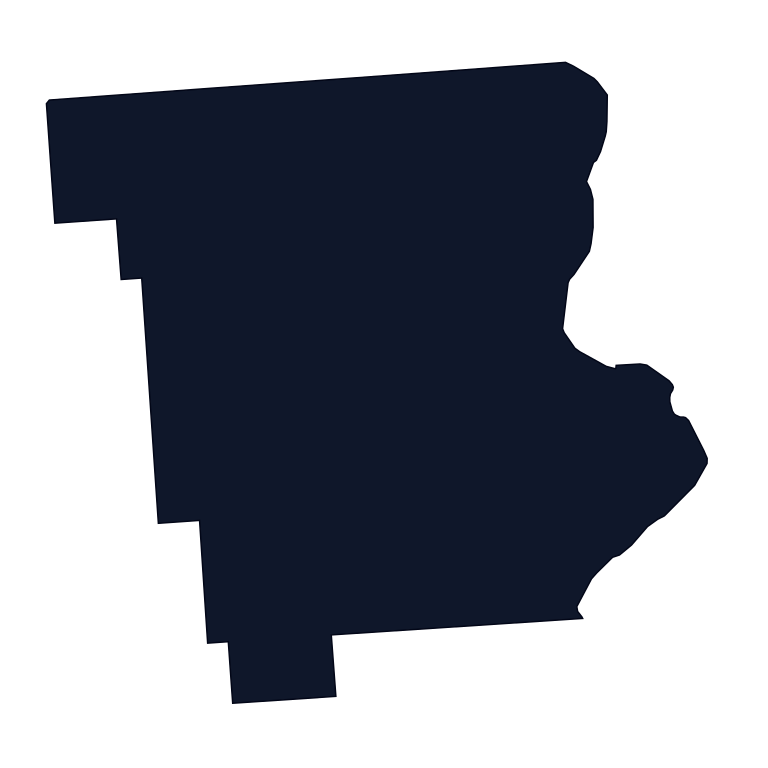 outline of Cotton, Oklahoma, United States of America, rotated 266°
{"feature_id": "52423323B79195939570534", "entity_name": "Cotton", "entity_type": "district", "adm_level": 2, "iso_a3": "USA", "parent_name": "United States of America", "parent_adm1": "Oklahoma", "projection": "albers", "projection_center": [-98.393, 34.285], "detail": "fine", "context": "isolated", "style": "filled", "palette": "ink", "viewbox_px": 768, "rotation_deg": 266, "n_neighbors": 0, "source": "geoboundaries", "source_scale": "gbopen_adm2", "svg_char_len": 1089}
<svg xmlns="http://www.w3.org/2000/svg" viewBox="0 0 768 768"><g transform="rotate(266 384 384)"><path d="M76.1,210.8L75.8,314.2L137.4,313.9L136.3,565.8L137.8,565.2L143.6,561.3L148.5,560.8L175.2,577.4L180.7,583.0L195.2,599.9L197.0,607.0L206.1,619.7L223.4,636.9L230.0,647.6L232.9,654.5L261.2,686.8L282.2,700.7L287.3,701.2L295.5,698.3L326.3,685.3L329.4,682.5L330.1,680.5L330.4,676.9L332.6,672.9L333.7,671.5L336.9,669.8L346.3,667.9L350.6,668.1L354.4,669.1L356.9,670.9L357.9,671.6L360.6,672.4L363.2,671.6L367.2,668.7L384.5,647.5L386.1,640.9L386.4,616.9L383.6,616.4L383.1,615.7L386.1,606.9L402.6,581.4L406.4,576.9L422.6,567.3L426.7,566.0L472.2,574.7L475.6,576.5L480.1,581.2L502.0,598.1L509.4,600.3L525.5,603.5L553.6,605.3L563.7,603.5L571.8,600.1L590.4,608.4L592.4,611.5L600.8,616.2L615.9,622.0L620.2,623.3L630.4,624.7L656.7,626.9L670.5,617.9L674.2,614.7L687.8,595.2L692.2,587.5L691.4,376.5L691.1,231.7L690.6,70.0L687.2,66.8L567.4,66.9L567.4,128.7L506.6,129.1L506.6,149.7L260.8,149.2L260.8,190.5L137.8,190.0L137.8,210.7L76.1,210.8Z" fill="#0f172a" stroke="#020617" stroke-width="1.5"/></g></svg>